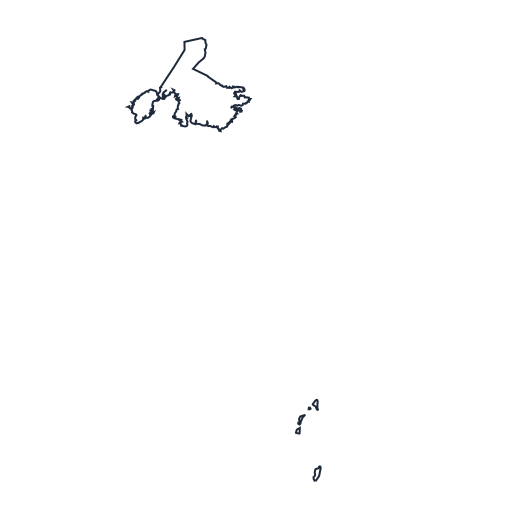 Sokehs, Pohnpei, Federated States of Micronesia, rotated 228°
{"feature_id": "79324940B45103387354775", "entity_name": "Sokehs", "entity_type": "district", "adm_level": 2, "iso_a3": "FSM", "parent_name": "Federated States of Micronesia", "parent_adm1": "Pohnpei", "projection": "robinson", "projection_center": [158.146, 6.985], "detail": "fine", "context": "isolated", "style": "outline", "palette": "slate", "viewbox_px": 512, "rotation_deg": 228, "n_neighbors": 0, "source": "geoboundaries", "source_scale": "gbopen_adm2", "svg_char_len": 6100}
<svg xmlns="http://www.w3.org/2000/svg" viewBox="0 0 512 512"><g transform="rotate(228 256 256)"><path d="M454.1,361.8L463.0,346.1L456.9,340.8L451.3,321.4L445.4,298.6L444.9,298.5L445.3,297.3L442.4,295.0L441.8,290.5L439.0,290.7L437.8,290.5L434.7,292.1L434.2,293.0L434.4,293.8L435.3,293.5L436.2,294.2L437.3,292.7L436.6,294.3L437.0,295.5L438.3,294.7L438.7,295.0L439.4,296.7L439.1,300.9L439.3,296.5L438.6,295.0L437.2,295.8L436.8,295.6L436.5,294.7L435.5,294.5L434.8,295.5L435.1,295.9L433.9,298.9L434.2,299.9L433.7,300.2L434.5,301.5L435.1,301.5L435.4,301.7L435.7,301.5L434.9,301.9L434.8,301.6L432.9,304.0L434.2,305.7L434.9,305.8L433.7,306.3L433.0,305.0L430.1,304.4L429.1,304.9L429.2,306.5L429.1,305.0L428.5,306.0L428.0,305.2L429.1,302.9L428.8,302.5L428.2,304.3L427.7,304.2L428.1,304.5L427.9,305.1L427.5,303.9L425.8,303.1L426.2,301.8L425.7,301.4L425.2,301.6L425.4,302.1L425.3,303.0L425.4,302.3L425.3,301.7L425.9,301.7L425.4,303.8L425.1,303.6L425.2,301.9L424.9,303.7L424.5,302.9L423.8,303.4L423.8,302.7L422.8,303.1L423.0,301.9L420.9,301.3L420.8,300.0L420.2,299.6L420.1,298.7L418.1,296.6L417.4,296.4L418.0,295.1L416.9,293.4L416.2,290.8L414.8,289.4L413.4,289.4L413.4,289.1L415.1,288.6L415.3,287.8L414.6,287.1L412.9,287.5L407.8,291.2L407.9,290.4L407.1,290.9L405.3,290.9L406.3,288.7L405.9,287.9L405.4,288.7L403.0,287.7L402.9,288.3L401.9,288.3L399.6,290.1L398.9,291.6L399.4,292.9L400.8,293.6L401.7,295.0L404.2,295.8L404.4,296.9L405.3,296.4L406.1,296.9L406.5,298.3L408.0,299.4L405.1,299.4L404.8,303.9L404.6,300.6L404.1,300.6L404.0,301.6L403.6,301.7L403.8,302.9L400.4,297.8L399.4,297.3L397.5,297.4L394.6,299.1L396.5,301.6L396.7,302.0L396.2,302.7L396.4,301.5L394.7,299.6L391.9,302.4L388.9,303.6L386.6,305.8L387.3,308.9L387.6,309.0L388.8,309.7L389.6,309.5L388.7,309.8L386.9,309.1L386.5,307.8L385.0,307.3L384.2,307.7L383.5,308.9L380.4,310.2L380.2,310.9L380.6,311.6L379.2,311.8L378.1,313.0L378.6,313.5L378.8,314.3L378.1,313.4L377.6,314.2L376.6,313.1L374.8,313.3L374.9,312.8L373.5,312.5L372.5,313.2L373.4,313.7L373.7,316.3L372.5,316.9L372.3,319.1L371.5,320.8L372.1,322.1L373.1,321.7L372.4,322.4L373.2,323.0L372.6,323.5L373.2,324.0L372.9,324.5L373.3,324.9L372.9,325.2L373.2,326.3L372.5,325.7L372.7,327.0L371.7,327.9L372.1,328.4L373.6,328.5L373.3,329.5L373.9,329.7L373.8,329.9L372.7,332.4L373.4,333.1L372.9,333.8L373.7,334.1L374.3,335.4L374.7,334.6L375.1,336.2L374.5,337.2L375.3,337.1L375.8,337.6L376.1,339.3L376.3,339.4L376.8,339.1L377.0,339.2L376.3,340.5L374.9,341.3L373.8,340.8L373.7,341.8L373.1,342.0L373.4,342.7L374.3,342.6L375.5,343.4L376.8,342.9L377.6,341.4L379.9,339.8L379.1,338.2L378.3,338.2L378.0,338.9L377.6,339.1L378.1,338.3L378.4,338.2L379.3,338.2L379.6,337.9L379.8,337.0L379.8,337.8L379.3,338.3L380.3,340.1L383.1,338.2L382.8,337.6L382.7,336.7L382.5,336.2L383.2,338.0L382.3,339.3L382.5,340.7L381.4,342.2L380.1,342.9L379.8,344.2L377.4,345.7L377.2,347.4L377.9,348.3L376.1,350.3L376.4,350.9L375.9,351.9L376.3,352.9L375.8,353.4L376.4,353.5L375.9,354.8L376.7,355.9L376.1,355.7L376.4,356.9L376.9,356.3L378.0,356.5L377.9,356.0L378.4,356.4L379.4,356.0L381.3,353.9L381.6,354.3L382.8,354.0L383.1,354.3L384.9,352.1L385.3,352.5L385.8,352.2L385.5,350.2L383.7,347.6L384.9,348.3L385.1,347.7L385.6,348.0L385.1,347.3L387.4,348.6L388.9,347.1L389.1,349.7L389.3,348.9L389.7,349.5L390.5,349.3L390.1,348.9L391.2,348.3L391.1,347.6L391.1,348.6L391.8,349.1L392.1,350.5L391.1,350.8L390.9,351.6L389.5,352.9L389.4,353.9L390.0,354.7L387.7,355.0L386.4,357.7L386.8,358.5L388.1,358.3L388.1,359.1L388.7,359.2L389.2,358.7L389.7,359.2L393.2,356.4L393.3,355.6L394.5,355.2L395.3,353.2L396.2,353.2L396.3,352.3L397.2,352.2L396.6,351.2L397.2,350.0L398.2,350.0L398.7,348.9L399.5,349.2L399.5,348.0L400.6,346.9L402.1,347.5L403.2,345.2L405.0,344.5L405.3,344.9L406.9,343.8L408.4,344.0L409.8,343.5L410.9,341.8L411.7,342.5L412.5,342.4L421.5,340.3L422.0,340.6L437.2,334.4L438.2,343.1L437.9,349.4L438.7,351.7L441.0,354.6L443.9,356.2L443.7,357.3L445.9,360.4L448.4,361.2L450.3,362.8L453.1,361.7L454.1,361.8ZM450.8,286.2L450.2,285.8L451.6,285.0L452.0,283.0L451.7,282.3L452.7,280.3L452.2,279.9L452.7,278.7L452.4,278.4L452.9,275.6L452.5,275.1L452.3,275.5L452.0,274.7L452.4,274.7L452.5,274.0L453.4,274.3L453.4,273.5L452.4,273.8L452.9,273.4L452.2,273.0L453.2,272.0L453.1,269.6L452.2,269.9L452.2,269.5L453.1,269.4L453.0,268.7L451.4,267.5L453.2,266.4L452.7,266.3L451.0,267.6L451.7,266.9L451.7,266.3L450.9,265.9L450.2,266.4L449.9,265.6L450.5,264.5L449.4,263.4L448.9,263.7L448.3,262.3L450.5,261.2L452.0,262.1L452.5,260.6L451.4,261.4L450.4,261.1L448.3,262.1L447.9,261.2L446.3,260.8L445.6,259.9L443.2,260.6L441.6,261.6L440.6,261.4L440.2,259.4L438.5,257.8L437.3,257.7L436.8,258.7L437.1,256.7L436.8,256.2L436.2,255.8L434.5,256.0L433.4,258.4L433.6,259.3L433.3,258.9L432.7,261.8L432.9,263.6L434.3,264.7L433.7,265.3L433.3,264.8L432.6,265.3L433.8,267.1L434.0,268.2L433.9,268.5L433.8,267.3L432.8,266.2L431.0,268.1L430.7,270.3L431.2,272.9L431.8,272.9L431.9,271.9L433.1,272.4L433.3,273.3L432.5,273.8L431.6,273.4L431.2,273.5L431.2,274.8L430.7,275.3L431.1,276.2L431.6,273.6L432.8,274.1L432.2,274.2L432.6,275.1L432.3,275.5L433.3,276.9L433.6,277.0L434.4,275.4L434.5,275.4L433.6,277.1L434.0,277.5L435.7,275.9L434.3,277.9L435.7,279.4L436.3,279.2L436.5,280.1L437.7,280.0L439.4,282.5L439.5,283.6L438.3,285.7L438.6,287.5L437.6,286.4L437.1,287.0L437.0,288.6L437.8,289.7L436.8,289.7L440.8,290.5L441.2,290.4L442.1,290.6L444.3,291.8L445.7,291.9L450.0,289.2L450.5,288.5L450.8,286.2ZM49.9,149.2L49.0,150.4L50.3,155.7L55.1,162.2L56.5,162.9L57.0,162.6L57.2,161.8L56.4,160.4L57.7,157.8L57.4,156.8L55.8,154.8L53.7,153.5L53.1,151.8L53.2,150.8L51.6,149.6L49.9,149.2ZM104.1,199.6L101.8,198.7L100.6,198.7L100.4,199.2L102.5,200.3L106.9,204.7L108.1,205.1L108.6,204.7L108.8,203.4L107.9,199.0L107.1,198.8L104.1,199.6ZM105.0,186.3L107.1,181.5L106.2,179.1L103.4,177.1L102.8,178.2L104.9,182.8L105.0,186.3ZM98.9,173.5L99.6,170.1L98.4,168.1L97.7,168.6L98.0,168.1L97.6,167.5L95.1,169.3L95.1,169.8L98.9,173.5ZM102.4,177.6L103.8,175.9L103.2,175.2L101.6,175.6L101.7,177.0L102.4,177.6ZM107.9,193.8L106.9,192.6L106.2,193.3L106.0,194.3L107.2,194.6L107.9,193.8Z" fill="none" stroke="#1e293b" stroke-width="2"/></g></svg>